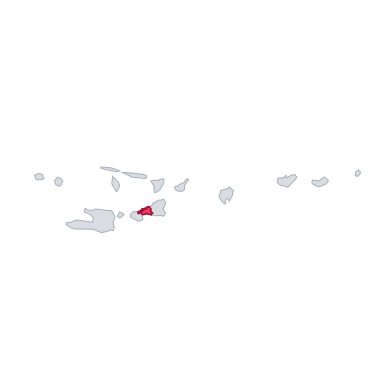 Central Malekula, Malampa, Vanuatu shown in context, rotated 287°
{"feature_id": "77236927B27410418950848", "entity_name": "Central Malekula", "entity_type": "district", "adm_level": 2, "iso_a3": "VUT", "parent_name": "Vanuatu", "parent_adm1": "Malampa", "projection": "robinson", "projection_center": [167.441, -16.165], "detail": "fine", "context": "in_parent", "style": "filled", "palette": "rose", "viewbox_px": 384, "rotation_deg": 287, "n_neighbors": 0, "source": "geoboundaries", "source_scale": "gbopen_adm2", "svg_char_len": 5388}
<svg xmlns="http://www.w3.org/2000/svg" viewBox="0 0 384 384"><g transform="rotate(287 192 192)"><path d="M131.5,89.8L134.1,105.5L137.3,105.5L138.9,104.6L140.7,101.0L141.5,95.2L143.1,94.3L145.2,95.0L144.3,96.8L144.9,101.4L146.5,104.0L147.5,104.5L149.6,116.6L150.4,119.1L150.3,121.1L146.0,125.6L139.4,125.5L134.8,128.2L132.0,128.0L132.0,125.0L129.5,122.5L126.7,117.3L127.4,108.1L122.4,90.9L122.3,86.6L124.0,81.0L125.7,80.7L128.0,85.4L131.5,89.8ZM159.2,150.2L161.1,151.2L162.2,151.2L162.8,153.5L168.7,158.1L170.4,158.0L171.7,160.5L174.3,161.8L175.0,164.4L176.8,167.0L173.6,170.2L167.5,169.3L163.9,172.9L160.7,172.0L160.2,170.1L160.6,169.5L158.7,164.6L157.9,157.3L156.6,152.9L155.2,151.1L152.3,152.7L151.1,153.0L148.4,149.4L149.7,142.2L150.4,140.1L152.6,139.7L156.0,141.6L159.2,150.2ZM238.7,285.5L236.8,287.8L235.1,287.5L224.3,282.2L224.8,280.0L224.3,274.4L225.5,271.4L228.5,270.1L230.8,270.7L232.2,275.2L235.4,277.0L233.2,278.6L237.1,282.0L238.7,285.5ZM202.0,219.0L206.1,225.7L207.8,226.3L205.3,231.1L200.1,231.6L194.0,230.3L196.2,228.6L195.0,226.7L193.2,226.4L191.1,227.3L190.1,227.0L191.5,223.8L194.9,219.4L195.9,219.1L196.8,219.0L197.7,219.4L202.0,219.0ZM195.9,161.6L191.2,162.1L184.5,160.6L181.8,158.5L180.6,156.5L183.0,154.9L186.3,154.2L190.4,149.5L191.8,151.3L193.4,156.6L195.0,158.2L196.0,159.8L195.9,161.6ZM245.1,314.0L242.9,319.2L239.1,318.0L235.6,314.2L233.8,311.0L235.0,304.7L236.8,303.6L238.7,304.0L239.7,310.1L245.1,314.0ZM192.4,144.2L191.8,144.2L191.1,142.1L188.7,130.4L190.3,120.0L191.2,122.2L194.7,140.5L194.3,143.5L192.4,144.2ZM202.1,182.6L203.3,183.3L202.7,185.3L197.0,183.1L192.4,183.9L191.1,183.8L189.7,182.0L188.7,178.4L189.2,175.9L191.1,174.1L191.8,173.8L193.3,176.0L194.6,177.5L195.9,178.1L198.8,181.7L202.1,182.6ZM179.9,118.8L177.1,120.9L172.0,120.7L170.1,119.5L176.4,112.9L183.7,111.5L179.9,118.8ZM166.4,62.9L164.6,65.3L159.9,64.5L158.8,63.8L159.1,59.8L160.3,58.5L163.1,57.2L167.0,59.2L166.4,62.9ZM162.4,46.0L161.8,46.5L160.8,46.1L158.3,40.4L159.0,38.5L162.1,36.6L164.8,39.8L165.1,41.6L165.1,43.1L164.6,44.4L162.8,45.0L162.4,46.0ZM191.5,113.7L190.8,116.6L189.1,113.2L188.0,98.8L188.4,97.5L189.3,97.4L191.4,107.4L191.5,113.7ZM261.7,344.7L260.2,347.4L258.0,347.3L255.1,345.5L255.7,343.2L258.9,342.8L259.9,342.9L261.7,344.7ZM151.2,132.5L150.4,133.7L146.0,130.6L147.0,127.6L151.8,128.7L151.2,132.5Z" fill="#d9dde1" stroke="#a8b0b8" stroke-width="1"/><path d="M165.5,155.0L165.4,154.9L165.2,155.0L165.0,154.9L164.9,154.7L164.9,154.4L164.9,154.2L164.9,153.9L164.8,153.6L164.7,153.4L164.3,153.4L164.2,153.5L164.3,153.5L164.4,153.8L164.3,154.0L164.2,154.0L164.1,153.9L163.9,153.9L163.7,153.7L163.5,153.4L163.5,153.1L163.4,153.1L163.1,153.2L163.1,153.3L162.8,153.4L162.7,153.2L162.5,152.9L162.4,152.8L162.5,152.6L162.8,152.4L162.9,152.2L163.0,151.9L162.9,151.7L162.7,151.6L162.7,151.8L162.4,151.8L162.5,151.7L162.4,151.6L162.3,151.4L162.2,151.2L162.2,150.9L161.8,150.4L161.7,150.2L161.6,150.3L161.6,150.5L161.8,150.7L161.8,150.8L161.7,150.9L161.8,151.0L161.9,151.3L161.9,151.5L161.9,151.8L162.0,151.8L162.1,152.1L162.3,152.3L162.2,152.4L162.0,152.2L161.9,152.2L161.7,152.1L161.7,152.3L161.4,152.0L161.3,151.9L161.2,151.6L160.9,151.3L160.8,151.2L160.6,151.1L160.4,151.0L160.2,150.9L160.0,150.6L159.9,150.6L159.7,150.6L159.7,150.4L159.3,149.9L159.1,149.9L158.9,149.8L158.8,149.7L159.0,149.4L159.3,149.2L159.5,149.1L159.4,149.0L159.3,148.9L159.2,148.9L158.9,148.9L158.7,148.6L158.4,148.7L158.2,148.4L158.3,148.2L158.5,147.9L158.4,147.7L158.1,147.7L158.0,147.4L157.9,147.2L157.7,147.0L157.7,146.9L157.8,146.7L157.6,146.5L157.5,146.4L157.4,146.3L157.2,146.3L156.8,146.3L156.7,146.3L156.5,146.2L156.4,146.3L156.2,146.3L155.9,146.5L155.7,146.9L155.7,147.1L155.7,147.3L155.8,147.6L156.0,147.9L156.1,148.0L156.3,148.1L156.6,148.5L156.9,148.8L157.0,148.8L157.1,148.7L157.2,148.8L157.3,148.8L157.4,149.0L157.3,149.3L157.1,149.9L157.2,150.0L156.9,150.3L156.7,150.3L156.4,150.5L156.2,150.5L155.9,150.9L155.9,151.1L156.0,151.5L156.1,151.8L156.2,152.2L156.3,152.5L156.6,152.9L156.7,153.0L156.8,153.3L156.9,153.5L157.0,153.5L157.3,153.9L157.3,154.0L157.7,154.4L158.0,154.5L158.2,154.4L158.3,154.3L158.3,154.2L158.5,154.3L158.3,154.5L158.2,154.7L158.2,154.9L158.1,155.1L158.1,155.3L158.0,155.8L158.0,156.3L157.9,156.7L158.0,156.9L158.2,157.1L158.3,157.3L158.2,157.5L158.2,157.8L158.3,158.1L158.3,158.3L158.6,158.4L158.6,158.5L158.4,158.8L158.2,159.1L158.1,159.3L158.1,159.6L158.3,159.6L158.5,159.7L158.8,159.7L159.0,159.7L159.1,159.8L159.3,159.7L159.4,159.8L159.5,159.7L159.5,159.8L159.8,159.9L159.8,160.1L159.9,160.3L160.0,160.4L160.2,160.5L160.3,160.6L160.4,160.4L160.3,160.2L160.5,160.0L160.5,159.9L160.5,159.7L160.8,159.6L161.0,159.5L161.1,159.4L161.2,159.2L161.2,158.9L161.3,158.8L161.4,158.6L161.6,158.2L161.7,157.9L161.8,157.9L162.0,157.9L162.4,157.8L162.5,157.9L162.6,157.7L162.8,158.0L162.9,157.9L163.4,157.7L163.8,157.7L164.0,157.5L164.2,157.2L164.4,157.0L164.5,156.8L164.5,156.6L164.7,156.4L164.8,156.2L165.2,156.0L165.3,155.9L165.3,155.6L165.4,155.3L165.5,155.0ZM160.5,149.6L160.7,149.8L160.9,150.0L161.1,150.1L161.3,150.1L161.4,149.8L161.3,149.7L160.9,149.6L160.5,149.6ZM160.8,149.2L161.1,149.1L161.0,148.9L160.8,148.8L160.7,148.8L160.5,149.0L160.8,149.2ZM159.2,148.3L159.2,148.2L159.0,148.3L159.2,148.3ZM161.3,151.1L161.3,150.9L161.2,150.8L161.2,151.0L161.3,151.1ZM161.1,151.3L161.2,151.5L161.2,151.4L161.1,151.3Z" fill="#f43f5e" stroke="#9f1239" stroke-width="1.5"/></g></svg>